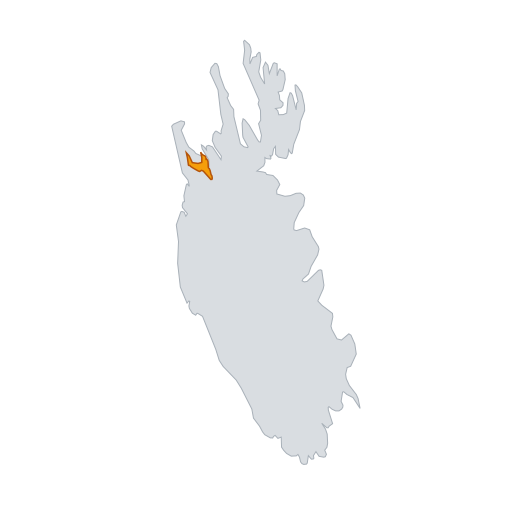 Höfuðborgarsvæði on a map of Iceland (Robinson projection), rotated 79°
{"feature_id": "ISL-709", "entity_name": "Höfuðborgarsvæði", "entity_type": "Region", "adm_level": 1, "iso_a3": "ISL", "parent_name": "Iceland", "parent_adm1": "", "projection": "robinson", "projection_center": [-21.536, 64.199], "detail": "fine", "context": "in_parent", "style": "filled", "palette": "amber", "viewbox_px": 512, "rotation_deg": 79, "n_neighbors": 0, "source": "natural_earth", "source_scale": "10m", "svg_char_len": 4443}
<svg xmlns="http://www.w3.org/2000/svg" viewBox="0 0 512 512"><g transform="rotate(79 256 256)"><path d="M389.2,190.6L393.7,190.8L400.9,189.1L411.1,184.0L415.4,183.0L425.5,182.9L413.5,187.8L409.3,193.2L406.0,195.8L406.1,197.0L414.9,200.2L419.0,199.1L420.9,199.6L422.6,201.1L423.9,204.1L423.3,207.3L421.0,210.5L417.8,213.1L418.3,214.0L421.1,214.4L435.2,212.8L437.0,216.7L438.4,218.0L438.1,219.3L432.7,223.4L439.2,220.8L444.4,220.1L453.5,221.4L457.3,222.9L459.7,225.6L464.1,224.7L466.3,226.3L466.4,227.9L464.7,232.3L459.5,234.5L462.9,237.7L465.6,237.8L466.2,238.5L466.0,240.4L462.0,242.7L469.0,245.2L469.9,246.1L469.7,248.9L468.6,250.5L466.6,251.5L461.7,251.7L458.8,252.7L459.9,254.6L459.2,259.6L455.6,263.7L452.0,265.9L448.5,267.4L438.6,265.8L439.2,269.3L435.7,271.5L436.5,273.3L437.8,274.3L437.3,276.6L433.1,281.5L429.9,283.1L423.7,285.0L414.7,289.4L405.4,289.3L382.9,295.7L374.0,299.1L358.2,309.3L351.5,312.0L339.9,313.3L305.0,320.0L301.2,324.1L301.0,324.9L302.6,326.5L300.0,329.4L294.8,331.4L292.3,331.4L287.9,329.7L287.3,330.5L289.1,332.7L272.0,336.2L248.2,334.3L227.0,329.3L210.3,328.3L198.4,321.4L198.1,320.3L199.3,318.2L203.6,317.3L201.5,315.2L194.5,318.9L192.1,318.8L189.1,317.3L189.0,315.8L183.1,315.3L172.8,310.8L172.0,309.8L174.5,308.4L174.0,308.1L168.4,308.3L160.4,312.4L112.5,314.0L110.9,311.9L109.0,303.9L110.7,300.6L112.7,300.9L118.3,305.4L131.1,302.9L136.3,301.2L141.1,296.9L143.9,295.5L147.8,290.0L151.7,286.6L159.8,285.0L152.5,284.0L140.5,288.4L136.5,288.4L138.3,286.5L142.5,284.3L139.6,284.2L138.6,283.2L138.4,281.2L140.6,277.9L154.8,272.0L151.4,270.9L141.6,275.4L134.4,276.9L128.6,274.9L125.8,272.1L126.0,270.9L129.4,267.4L128.9,266.7L126.5,266.4L120.3,263.1L110.3,263.5L85.6,261.6L67.0,266.1L62.5,264.0L59.0,259.5L59.7,257.8L63.0,256.8L72.1,256.9L85.5,254.8L91.6,252.2L94.0,252.9L95.1,254.1L103.4,252.2L107.8,250.0L115.1,251.1L142.9,249.9L146.5,247.0L148.0,243.6L147.4,242.9L137.1,246.1L134.8,246.0L123.0,244.3L118.8,242.5L120.2,241.0L126.5,237.7L142.4,232.3L144.6,231.2L144.9,229.9L138.6,227.6L126.6,228.2L123.6,225.5L113.7,223.8L107.1,224.9L103.6,223.2L64.5,231.9L51.9,227.9L42.9,227.2L42.1,226.0L47.4,222.1L51.0,221.5L54.7,221.8L61.5,224.5L66.3,225.3L60.4,221.4L60.2,217.6L58.3,216.7L56.6,214.2L57.3,213.3L64.5,213.9L75.8,218.2L81.4,217.4L88.8,214.7L72.4,213.1L67.5,209.7L71.1,207.9L79.5,208.1L70.2,202.3L69.8,201.2L71.4,198.6L83.2,200.9L77.0,197.4L76.9,196.6L78.7,196.0L79.6,193.9L82.6,193.0L88.5,193.7L97.7,197.8L99.0,198.9L99.3,203.0L102.9,202.4L107.2,202.9L110.8,200.2L113.3,200.8L115.2,203.3L114.9,208.8L117.4,206.9L121.7,206.7L122.4,202.2L121.6,198.6L107.6,194.5L102.2,191.4L102.8,190.4L105.5,189.5L120.2,188.7L113.9,187.0L112.4,185.2L101.3,185.8L95.7,185.1L95.6,184.2L97.8,182.8L104.6,180.0L117.3,179.7L122.5,180.5L132.4,186.7L140.2,189.2L153.5,197.6L161.9,200.8L162.3,201.7L160.9,202.6L157.7,203.7L162.7,205.2L165.8,207.4L166.0,208.3L163.2,215.1L160.0,217.3L152.1,216.0L154.0,218.2L159.6,220.4L160.9,221.7L160.1,223.0L162.8,222.6L163.6,223.3L162.4,227.2L161.0,228.5L165.7,229.3L168.9,231.2L172.8,239.0L174.9,233.0L176.0,230.8L178.0,230.0L180.2,224.0L185.5,220.4L190.4,219.0L195.5,223.2L199.1,223.7L202.9,216.2L203.3,210.8L202.1,204.7L202.7,200.4L205.2,197.9L208.5,197.1L215.6,199.6L221.5,205.6L230.5,212.1L236.6,213.8L237.7,213.6L238.8,211.4L237.8,202.9L240.5,198.3L247.8,197.2L258.7,193.0L261.3,192.9L266.7,195.3L276.7,203.9L283.7,207.9L287.5,214.3L289.2,215.5L290.7,213.5L290.7,210.6L282.0,197.4L281.8,195.6L282.6,194.2L297.7,194.9L301.2,196.4L311.9,203.9L316.9,200.8L326.9,191.9L330.4,192.2L339.2,195.8L342.7,195.5L352.8,192.3L354.8,188.1L350.1,179.7L351.9,177.9L361.2,175.8L371.4,176.3L382.3,184.1L382.9,187.8L389.2,190.6Z" fill="#d9dde1" stroke="#a8b0b8" stroke-width="1"/><path d="M143.5,290.5L145.2,289.9L146.3,289.1L147.2,288.2L147.9,287.1L148.3,286.8L149.0,286.5L149.8,286.4L151.6,286.6L152.3,286.6L151.5,286.4L151.2,286.2L150.9,286.2L152.5,285.4L153.3,285.2L154.3,285.1L159.7,285.9L160.6,285.8L161.3,285.2L163.8,284.7L167.4,284.6L169.0,284.0L169.5,284.0L171.3,284.1L171.7,284.3L172.2,284.5L172.4,284.7L172.4,284.9L172.3,285.1L172.2,285.8L162.8,291.4L162.3,291.9L161.8,292.7L161.6,293.0L161.6,293.4L161.7,293.7L162.3,295.1L161.9,295.8L161.6,296.4L158.2,300.4L156.5,302.2L155.6,303.1L154.6,303.7L154.4,304.0L154.2,304.8L153.8,305.0L152.3,304.9L146.4,304.6L141.3,304.7L145.0,302.5L152.2,300.7L154.1,295.2L153.8,291.4L149.0,290.4L143.5,290.5Z" fill="#f59e0b" stroke="#b45309" stroke-width="1.5"/></g></svg>